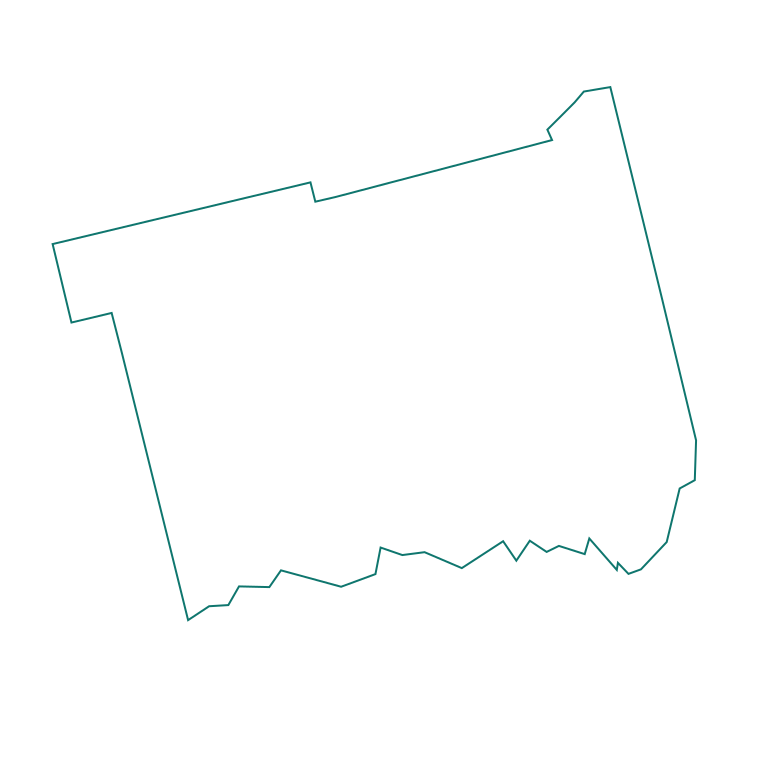 Jackson, Indiana, United States of America (Natural Earth projection), rotated 347°
{"feature_id": "52423323B62706448610818", "entity_name": "Jackson", "entity_type": "district", "adm_level": 2, "iso_a3": "USA", "parent_name": "United States of America", "parent_adm1": "Indiana", "projection": "natural_earth1", "projection_center": [-86.009, 38.897], "detail": "fine", "context": "isolated", "style": "outline", "palette": "teal", "viewbox_px": 768, "rotation_deg": 347, "n_neighbors": 0, "source": "geoboundaries", "source_scale": "gbopen_adm2", "svg_char_len": 680}
<svg xmlns="http://www.w3.org/2000/svg" viewBox="0 0 768 768"><g transform="rotate(347 384 384)"><path d="M357.7,171.0L92.6,173.1L93.3,253.8L134.6,253.5L135.6,295.2L140.0,570.0L163.6,561.2L182.6,564.4L197.2,548.6L226.6,556.1L241.7,542.4L296.6,571.9L332.9,567.3L343.9,542.6L363.4,554.8L385.7,557.0L418.4,580.9L464.7,564.0L473.2,585.9L490.8,569.5L504.7,584.2L518.0,581.1L541.3,594.9L549.3,580.7L569.0,617.5L571.7,610.9L579.5,624.0L592.7,622.4L623.9,601.6L648.6,552.3L665.2,547.6L675.4,509.1L674.1,364.9L673.1,283.1L671.3,145.6L644.5,144.0L633.2,152.4L617.3,162.4L600.4,172.9L602.6,184.1L378.3,190.9L358.1,190.9L357.7,171.0Z" fill="none" stroke="#0f766e" stroke-width="2"/></g></svg>